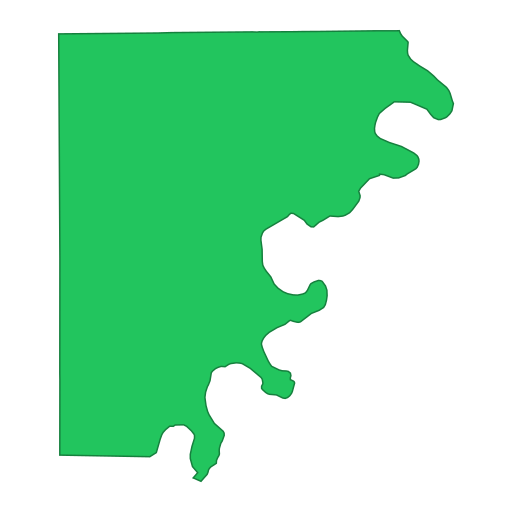 Mississippi, Arkansas, United States of America
{"feature_id": "52423323B91490874625057", "entity_name": "Mississippi", "entity_type": "district", "adm_level": 2, "iso_a3": "USA", "parent_name": "United States of America", "parent_adm1": "Arkansas", "projection": "mercator", "projection_center": [-89.907, 35.702], "detail": "fine", "context": "isolated", "style": "filled", "palette": "green", "viewbox_px": 512, "rotation_deg": 0, "n_neighbors": 0, "source": "geoboundaries", "source_scale": "gbopen_adm2", "svg_char_len": 3078}
<svg xmlns="http://www.w3.org/2000/svg" viewBox="0 0 512 512"><path d="M260.6,31.9L260.3,31.9L259.6,31.8L257.0,32.1L252.5,31.9L172.0,32.6L158.2,33.0L157.6,33.0L138.3,33.2L58.7,33.9L59.9,258.1L59.8,373.3L59.9,379.7L59.8,455.1L149.8,456.7L156.3,452.6L160.2,439.1L161.8,434.7L163.1,432.4L165.6,429.6L169.7,426.2L173.3,426.3L175.2,425.0L183.6,424.8L186.6,426.3L191.5,430.9L194.1,434.3L194.5,435.3L194.5,438.3L192.0,446.3L190.3,454.3L190.3,458.6L192.5,466.6L197.7,472.7L193.2,477.9L201.0,481.3L203.8,478.1L207.1,474.4L207.9,472.5L208.6,469.7L209.6,468.2L210.8,466.9L216.3,463.3L216.5,460.4L217.7,457.6L218.9,455.6L219.4,454.0L219.2,450.4L219.4,448.2L220.8,443.3L222.2,441.0L224.2,435.4L224.1,433.1L223.2,431.3L214.3,423.4L209.0,414.7L207.6,411.5L206.0,405.6L204.9,397.4L205.6,392.1L207.4,386.6L208.3,385.0L210.0,380.7L211.3,372.7L212.6,371.0L215.5,368.6L218.2,367.3L221.1,366.4L225.1,366.7L228.8,364.3L230.6,363.6L236.3,362.8L240.0,363.1L242.2,363.6L250.2,368.3L261.1,377.5L262.2,379.2L262.9,382.9L262.8,383.9L261.6,386.2L261.6,388.4L262.5,389.6L265.6,392.4L267.6,393.7L269.4,394.3L276.4,394.9L282.8,398.0L285.2,398.4L287.6,397.5L289.7,395.8L291.5,393.4L292.3,391.6L294.6,383.1L294.3,382.0L293.6,381.2L291.6,380.2L291.4,380.1L290.4,379.7L290.3,377.9L290.9,375.7L290.4,373.1L288.3,371.4L286.3,371.0L282.2,370.8L279.2,370.0L271.6,366.3L269.6,363.4L268.2,361.0L263.8,351.6L262.3,347.5L261.5,344.5L261.5,343.1L262.2,340.7L263.8,337.8L265.7,335.4L269.2,332.3L277.1,327.6L285.0,324.3L289.5,320.7L290.5,320.3L293.3,321.3L297.1,322.2L298.8,322.3L300.5,321.8L311.4,313.4L319.2,310.3L323.6,307.5L325.3,304.7L326.5,300.1L327.1,295.7L326.9,290.2L325.5,286.0L322.2,281.4L320.7,280.7L318.6,280.4L314.1,281.9L311.0,283.6L310.2,284.6L307.5,290.2L306.2,292.0L305.0,293.1L302.8,294.0L297.7,295.1L293.2,294.9L287.6,293.7L283.1,291.8L278.0,288.2L274.1,284.0L270.8,276.9L266.3,271.3L264.3,268.3L262.8,265.2L262.3,261.5L262.1,249.3L260.9,240.1L261.0,237.2L262.5,232.9L263.9,230.8L266.2,229.0L287.5,216.6L289.0,214.8L290.9,213.2L293.6,213.5L304.3,220.3L307.1,224.1L311.0,226.8L313.7,226.9L319.2,222.1L322.9,220.3L329.9,216.0L338.1,216.6L343.0,216.0L345.3,215.2L349.5,212.8L350.4,211.9L352.6,209.5L358.8,201.1L360.0,197.6L360.1,195.7L358.7,191.2L360.6,188.0L369.5,178.7L379.5,175.4L379.5,174.1L384.1,174.7L393.2,178.1L398.7,177.9L405.3,175.5L407.4,173.8L415.9,168.7L417.2,167.2L418.5,164.2L419.0,161.2L418.8,159.1L417.8,156.7L416.9,155.5L413.9,153.1L401.5,146.5L389.3,142.5L380.2,138.5L377.1,136.0L375.2,133.3L374.7,131.6L374.5,128.3L375.0,124.9L375.6,122.3L377.5,117.0L379.3,113.5L385.1,108.4L394.3,101.8L410.5,102.2L426.9,109.2L430.8,114.5L433.7,117.7L438.3,119.6L440.7,119.5L445.5,117.7L446.9,116.8L449.9,113.8L451.9,110.8L453.4,103.6L452.3,100.8L450.1,93.4L448.9,90.7L446.5,87.4L437.3,79.8L433.9,76.2L427.6,70.8L419.7,66.0L413.3,61.6L410.7,59.2L408.1,55.2L407.6,53.2L407.4,50.4L408.1,42.5L407.9,41.8L402.2,36.1L400.5,33.5L399.3,30.7L396.6,30.8L376.7,30.8L316.0,31.5L312.6,31.5L312.3,31.5L312.0,31.5L299.1,31.6L296.3,31.7L296.1,31.7L260.6,31.9Z" fill="#22c55e" stroke="#15803d" stroke-width="1.5"/></svg>